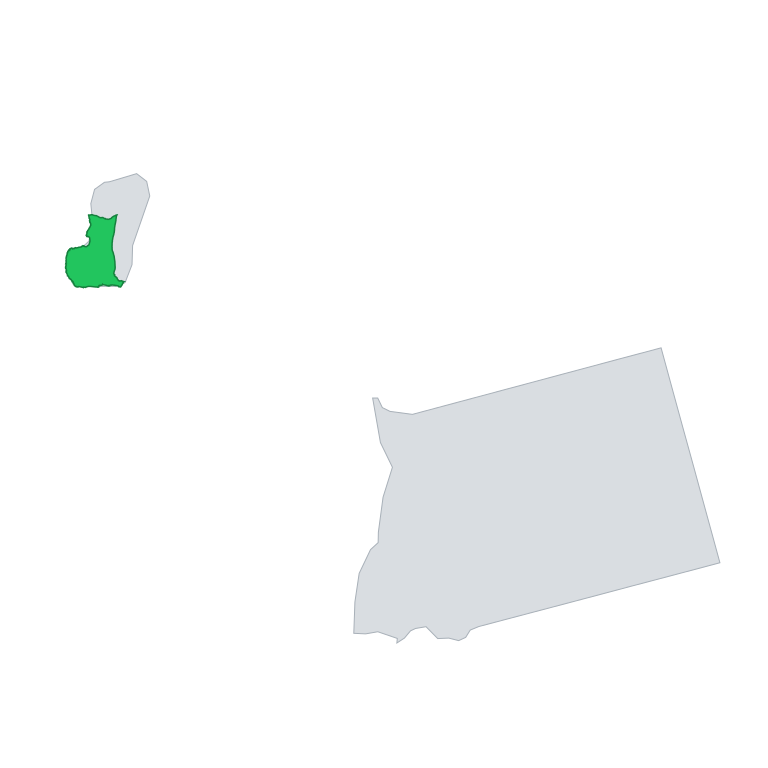 Luba, Bioko Sur, Equatorial Guinea (highlighted), rotated 345°
{"feature_id": "11065452B69220194361963", "entity_name": "Luba", "entity_type": "district", "adm_level": 2, "iso_a3": "GNQ", "parent_name": "Equatorial Guinea", "parent_adm1": "Bioko Sur", "projection": "mercator", "projection_center": [8.565, 3.411], "detail": "fine", "context": "in_parent", "style": "filled", "palette": "green", "viewbox_px": 768, "rotation_deg": 345, "n_neighbors": 0, "source": "geoboundaries", "source_scale": "gbopen_adm2", "svg_char_len": 6270}
<svg xmlns="http://www.w3.org/2000/svg" viewBox="0 0 768 768"><g transform="rotate(345 384 384)"><path d="M661.0,420.8L661.2,465.0L661.4,502.3L661.7,542.8L661.9,584.9L662.1,620.5L662.2,643.6L623.2,643.5L571.3,643.3L519.5,643.2L467.6,643.0L441.6,642.9L412.9,642.8L403.6,644.0L397.3,649.9L389.7,651.2L380.8,646.2L370.0,643.8L367.1,638.7L361.8,629.3L351.1,628.3L345.7,629.3L338.0,634.7L329.4,637.5L331.0,633.2L313.9,621.7L301.6,620.6L290.3,617.0L299.5,587.0L311.0,560.5L328.1,540.5L337.3,535.7L340.2,525.7L353.8,493.1L370.6,466.6L365.4,439.7L369.4,394.6L374.3,395.9L375.1,400.1L376.3,406.4L382.7,412.0L403.6,420.7L466.0,420.7L503.3,420.7L558.4,420.7L616.7,420.7L661.0,420.8ZM166.2,116.8L171.0,117.6L199.5,116.8L207.2,126.9L206.4,141.8L177.0,185.2L171.5,203.5L160.2,219.0L150.3,220.3L116.5,211.2L110.8,205.7L108.7,198.2L112.1,180.9L114.5,175.6L130.8,172.4L136.0,169.6L144.7,150.9L147.5,133.9L154.8,121.1L166.2,116.8Z" fill="#d9dde1" stroke="#a8b0b8" stroke-width="1"/><path d="M142.4,144.3L142.3,144.7L142.4,145.0L142.3,146.1L142.3,146.5L142.2,146.9L142.3,147.3L142.1,147.6L142.3,147.9L142.4,148.4L142.4,149.3L142.1,149.5L141.8,150.0L141.8,150.5L142.0,150.7L141.9,151.0L141.7,151.4L141.7,151.7L142.1,152.0L142.0,153.0L142.2,153.4L142.0,153.7L142.0,154.4L141.7,155.0L141.2,155.4L140.9,156.1L140.4,156.4L140.1,156.5L139.8,157.2L139.3,157.4L138.9,158.1L137.8,158.9L137.6,159.0L137.3,159.4L137.1,159.6L136.9,160.0L136.6,160.0L136.2,160.4L136.4,160.9L136.3,161.3L136.1,161.6L135.5,162.3L135.5,162.6L135.4,162.8L135.0,163.1L134.8,163.5L135.3,163.9L135.2,164.0L135.1,164.5L135.6,164.6L135.7,164.9L136.0,165.0L136.3,165.0L136.8,165.2L137.1,165.8L137.5,166.6L137.2,168.8L137.0,169.9L135.1,173.1L134.4,173.5L133.5,173.7L132.8,174.2L132.3,174.3L131.9,174.3L130.7,173.9L129.9,173.3L129.9,173.1L129.9,172.8L129.7,172.8L129.3,173.0L129.0,172.6L128.7,172.8L128.3,172.6L127.8,173.0L127.6,172.9L127.2,173.2L125.7,173.2L125.2,173.0L124.6,172.9L124.1,173.0L123.7,173.1L123.1,173.0L122.5,173.0L122.3,173.0L122.0,173.0L121.7,172.7L121.2,172.4L120.9,172.4L120.3,172.9L120.0,172.9L119.7,172.7L119.4,172.7L119.3,173.0L119.1,172.9L118.7,172.6L118.3,172.5L118.0,172.7L117.9,172.3L117.9,172.1L117.4,171.8L117.2,171.9L116.6,171.9L116.2,172.2L115.8,172.3L115.6,172.2L115.5,172.6L115.6,172.8L115.5,173.0L115.2,172.9L115.0,173.0L114.8,173.0L114.7,173.4L114.4,173.2L114.2,173.1L114.1,173.5L113.8,173.5L113.4,173.7L113.2,173.9L113.1,174.2L112.8,174.3L112.7,174.6L112.5,174.9L112.4,175.2L112.1,175.2L111.7,176.4L111.4,176.5L111.3,177.3L110.6,177.9L110.5,178.2L110.1,178.8L110.2,179.1L109.5,179.9L109.4,180.4L109.4,180.7L109.3,181.6L108.8,182.3L108.8,182.6L108.9,183.0L108.5,183.6L108.6,184.2L108.3,184.6L108.2,184.8L107.9,185.0L107.9,185.3L108.0,185.4L107.9,185.6L108.0,185.7L107.8,185.8L108.0,186.0L107.8,186.3L107.8,186.6L107.6,187.2L107.6,187.5L107.2,187.6L106.8,188.4L106.9,188.7L106.6,188.9L106.7,189.2L106.7,189.5L106.4,189.9L106.4,190.0L106.7,190.1L106.8,190.3L106.7,192.0L106.7,192.3L106.4,192.4L106.5,192.7L106.3,193.3L106.0,193.1L105.9,193.7L105.8,193.9L106.2,194.6L106.2,195.0L106.4,195.6L106.4,197.0L106.3,197.5L106.6,197.6L106.7,198.0L106.9,198.2L107.0,198.5L107.3,199.3L107.2,199.7L107.4,200.8L107.8,200.9L108.0,201.0L108.4,201.5L108.5,201.7L108.4,201.9L108.8,202.1L109.0,202.9L109.0,203.3L109.7,203.8L109.6,204.4L109.3,204.6L109.5,204.8L109.8,204.7L110.1,204.9L109.9,205.3L109.8,205.8L109.9,206.1L110.2,206.2L110.2,206.4L109.9,206.6L109.9,206.9L110.2,207.2L110.5,207.3L110.5,207.9L110.4,208.3L110.4,208.7L110.5,208.9L110.9,209.1L111.2,209.8L111.6,210.1L111.7,210.3L112.2,210.6L112.5,210.4L112.7,210.7L112.9,210.9L113.2,211.0L113.5,210.9L113.8,211.1L114.2,210.8L114.6,210.9L114.8,211.0L115.2,211.2L118.2,212.8L118.6,212.7L118.7,213.0L119.0,212.8L119.9,213.0L120.2,213.2L120.9,213.5L121.4,213.2L121.7,213.1L122.0,213.2L122.6,213.2L123.0,213.2L123.5,213.2L123.8,213.2L124.4,213.4L125.9,213.8L126.1,213.9L126.4,214.0L126.6,214.1L131.0,215.8L131.3,215.8L131.6,215.9L132.1,216.2L132.3,216.2L132.4,216.3L132.6,216.2L132.8,216.4L133.0,216.3L133.4,216.5L133.5,216.2L133.8,215.9L134.1,215.7L134.2,215.2L134.4,215.2L134.6,215.3L134.7,215.1L135.0,215.2L135.3,215.2L135.6,215.5L135.9,215.4L136.1,215.5L136.6,215.5L137.0,215.5L137.4,215.4L137.6,215.5L138.0,215.4L138.1,215.0L138.4,215.4L138.7,215.4L138.9,215.6L141.4,216.8L141.5,217.0L142.8,217.7L143.1,217.6L143.2,217.8L143.5,217.8L143.6,218.0L143.8,217.9L143.9,218.0L144.0,218.1L144.3,218.1L144.5,218.2L144.8,217.8L145.0,217.7L145.4,217.7L145.6,217.7L145.8,217.7L146.1,217.8L146.4,218.0L146.6,217.9L146.9,218.0L147.2,218.0L147.8,218.3L148.1,218.4L148.6,218.6L149.1,218.7L149.4,218.9L149.6,219.1L150.5,219.4L150.8,219.5L152.1,220.2L152.3,220.2L152.6,220.4L152.9,221.3L153.1,221.5L153.4,221.4L153.9,221.8L154.1,221.9L154.7,222.1L154.9,222.0L155.6,221.3L155.9,221.1L156.2,220.9L156.4,220.6L156.6,220.5L157.3,219.7L157.5,219.4L157.8,219.2L157.9,218.9L157.9,218.7L158.2,218.5L158.5,218.5L158.5,218.1L158.7,217.9L158.8,217.7L159.1,217.7L157.6,216.7L157.2,216.3L156.5,216.5L156.0,216.1L155.7,216.0L155.1,216.1L154.8,215.7L154.3,215.4L154.1,214.7L153.7,213.7L153.4,212.4L153.5,212.1L153.0,211.6L152.8,211.1L152.4,210.8L152.2,210.3L151.7,209.9L151.7,209.4L152.2,208.8L151.9,208.3L151.6,207.9L151.5,207.5L152.3,205.8L153.0,204.7L153.8,203.6L154.3,202.4L154.6,201.4L154.8,200.2L155.1,198.9L155.4,197.5L155.7,196.2L155.9,194.5L156.1,192.9L156.3,191.4L156.4,190.5L156.3,189.0L156.4,187.7L156.3,186.1L156.1,184.8L156.3,183.2L156.7,181.8L156.9,180.7L157.3,179.5L157.6,178.4L157.9,177.3L158.5,176.1L158.8,175.0L159.4,173.8L159.8,172.8L160.2,172.0L160.8,171.0L161.6,169.8L162.0,168.8L162.7,167.6L163.2,166.3L163.6,165.3L163.9,164.2L164.3,163.1L164.8,162.0L165.3,160.8L166.0,159.5L166.5,158.5L166.9,157.6L167.4,156.6L167.6,155.8L168.1,154.7L168.4,153.9L168.8,153.0L169.2,152.3L169.8,151.6L169.0,151.5L168.5,151.6L167.5,151.9L166.7,151.9L165.9,152.1L164.3,152.7L163.4,153.4L162.2,153.5L160.9,153.7L159.7,153.4L159.2,153.0L158.1,152.8L157.8,152.6L157.7,152.1L157.1,152.1L156.7,151.6L156.2,151.2L155.8,150.8L155.5,150.4L154.5,150.2L153.5,150.1L152.5,149.6L151.8,148.9L151.1,148.2L150.2,147.4L149.7,146.9L148.7,146.6L147.4,146.0L146.7,145.5L146.0,145.0L144.8,144.7L144.3,144.8L143.4,144.7L142.6,144.3L142.4,144.3Z" fill="#22c55e" stroke="#15803d" stroke-width="1.5"/></g></svg>